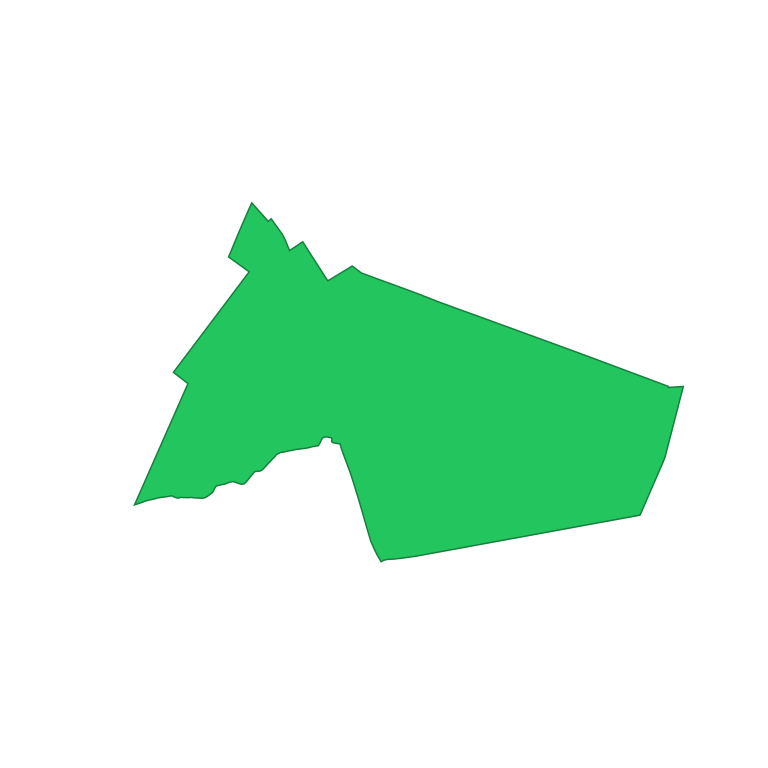 the district of Morón, Buenos Aires, Argentina, rotated 248°
{"feature_id": "61730980B30318397352263", "entity_name": "Morón", "entity_type": "district", "adm_level": 2, "iso_a3": "ARG", "parent_name": "Argentina", "parent_adm1": "Buenos Aires", "projection": "albers", "projection_center": [-58.618, -34.646], "detail": "fine", "context": "isolated", "style": "filled", "palette": "green", "viewbox_px": 768, "rotation_deg": 248, "n_neighbors": 0, "source": "geoboundaries", "source_scale": "gbopen_adm2", "svg_char_len": 2463}
<svg xmlns="http://www.w3.org/2000/svg" viewBox="0 0 768 768"><g transform="rotate(248 384 384)"><path d="M601.5,329.2L592.0,319.4L578.9,306.1L560.0,287.5L538.5,301.0L473.7,193.1L457.8,202.4L365.4,107.4L365.3,108.9L365.1,110.9L365.1,112.0L364.9,114.9L364.8,116.6L364.9,118.0L364.7,119.6L364.6,121.2L364.0,124.9L363.8,126.3L363.6,127.5L363.3,128.9L363.3,130.5L362.7,133.3L362.2,135.4L361.7,137.1L361.5,138.0L361.0,140.1L360.7,141.0L360.5,142.4L360.2,144.0L359.9,145.0L359.3,146.0L358.4,146.5L357.8,147.2L355.9,149.3L355.3,150.6L355.1,151.8L355.1,153.0L354.2,154.7L353.4,156.5L352.9,157.8L352.0,159.7L351.6,161.0L351.0,162.9L350.3,164.0L349.7,165.2L349.1,166.2L348.6,167.4L347.9,168.9L346.9,171.1L346.1,172.9L345.9,173.9L345.7,175.2L345.8,177.4L346.4,179.9L347.0,181.8L347.3,183.0L347.7,184.3L348.9,186.2L350.2,187.2L350.9,188.3L351.9,189.6L352.2,190.6L351.9,192.7L351.7,194.7L351.4,196.1L350.9,198.3L350.8,200.6L350.8,202.2L350.6,204.9L350.3,206.3L350.1,207.4L348.9,208.9L347.9,210.2L346.8,211.3L345.8,212.6L345.0,213.4L344.4,214.6L343.8,216.8L344.2,218.0L344.6,219.1L345.1,220.2L345.6,221.0L346.0,221.9L347.1,223.9L347.9,225.1L348.6,226.4L349.1,227.4L350.0,229.1L350.9,230.6L351.0,231.6L350.9,232.9L350.5,233.8L350.1,235.1L349.8,236.2L349.7,237.2L349.8,238.3L350.3,239.8L351.2,241.7L352.6,244.8L353.1,245.8L353.6,246.7L354.5,248.9L355.4,250.8L356.6,253.4L357.3,255.3L357.9,256.3L358.5,257.3L359.1,259.2L359.2,261.9L359.1,263.3L358.6,264.7L358.4,266.3L358.0,268.1L357.7,270.4L357.2,272.5L356.6,275.6L356.5,277.0L355.8,279.3L354.6,284.1L353.8,286.9L353.3,289.7L352.9,292.2L352.8,293.6L352.6,294.7L352.3,295.8L352.1,296.8L351.8,297.8L351.7,299.0L351.5,300.2L352.7,301.7L354.0,303.4L355.4,304.7L356.4,305.9L356.9,306.8L357.0,308.3L356.9,309.4L356.7,310.3L356.2,311.5L355.2,312.9L354.6,313.8L353.8,315.0L352.9,315.3L352.1,315.0L351.4,314.4L350.1,313.9L349.0,314.3L345.4,319.8L344.9,320.8L340.0,320.3L333.3,320.0L315.2,319.5L304.7,318.8L287.1,317.3L251.2,313.6L244.7,313.0L242.0,312.9L239.2,313.0L233.1,313.2L228.3,313.6L220.3,314.7L220.6,317.6L220.4,319.6L220.1,321.3L219.7,322.6L218.1,327.2L216.0,334.6L212.5,348.6L177.0,521.2L166.5,572.3L204.8,611.2L206.4,612.9L211.1,617.3L269.6,660.6L274.2,646.5L275.2,646.8L338.3,577.9L398.1,511.6L428.0,478.3L440.5,464.5L455.4,448.8L495.3,404.7L505.3,398.7L500.7,370.5L546.3,361.9L543.1,346.4L554.9,346.4L561.2,345.8L569.1,343.8L579.4,341.3L578.2,337.6L601.5,329.2Z" fill="#22c55e" stroke="#15803d" stroke-width="1.5"/></g></svg>